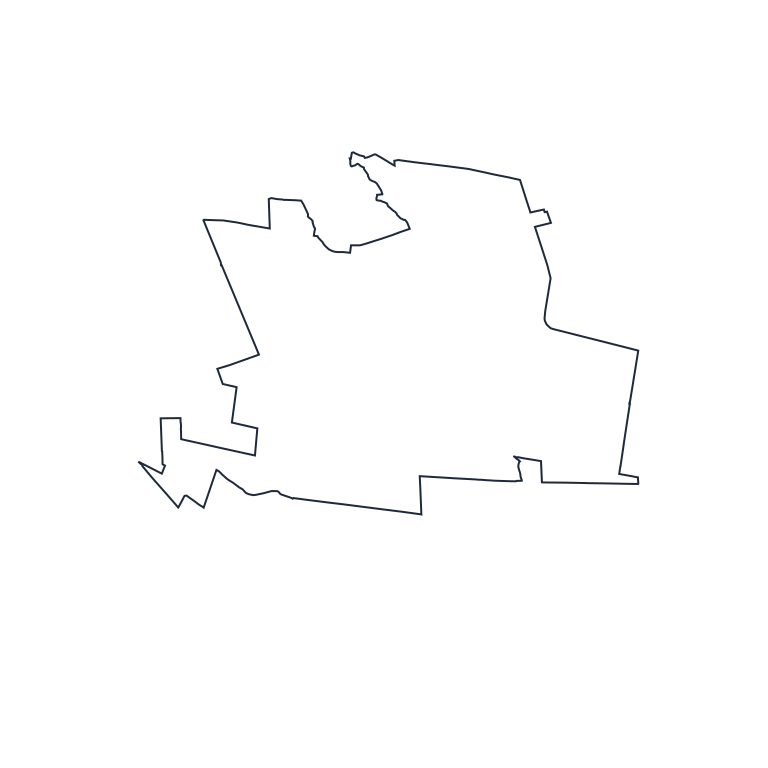 the district of Sinesti, Ialomita, Romania, rotated 229°
{"feature_id": "2599482B7496910182319", "entity_name": "Sinesti", "entity_type": "district", "adm_level": 2, "iso_a3": "ROU", "parent_name": "Romania", "parent_adm1": "Ialomita", "projection": "natural_earth1", "projection_center": [26.424, 44.577], "detail": "fine", "context": "isolated", "style": "outline", "palette": "slate", "viewbox_px": 768, "rotation_deg": 229, "n_neighbors": 0, "source": "geoboundaries", "source_scale": "gbopen_adm2", "svg_char_len": 5458}
<svg xmlns="http://www.w3.org/2000/svg" viewBox="0 0 768 768"><g transform="rotate(229 384 384)"><path d="M599.2,418.4L576.3,399.8L593.6,385.6L594.9,384.7L602.4,379.0L613.0,369.9L615.2,367.5L619.8,362.5L626.1,355.8L626.1,355.2L617.6,352.3L591.5,343.5L582.7,340.5L580.5,338.9L580.1,339.4L488.2,308.9L499.5,280.0L504.8,268.2L489.8,262.3L478.3,270.7L454.7,243.9L433.6,259.3L414.7,239.7L445.0,217.2L475.4,194.7L482.1,200.3L483.5,201.3L484.9,202.8L487.5,204.8L488.2,205.1L491.8,208.0L498.2,200.5L504.6,192.9L479.0,172.3L478.7,172.4L473.3,168.1L468.7,164.2L466.1,165.2L462.1,157.5L474.3,152.6L486.5,147.7L484.1,147.8L482.7,148.2L481.0,148.4L480.5,147.8L465.8,147.5L440.5,147.7L437.7,147.7L436.7,147.7L431.9,147.7L429.9,147.7L428.1,147.7L426.5,147.7L426.0,147.6L425.7,147.7L426.0,148.4L426.1,148.7L426.5,149.9L426.9,150.8L427.3,151.9L429.0,156.4L429.9,158.6L430.3,159.8L430.4,160.1L430.3,160.3L430.2,160.5L430.0,160.8L429.7,161.2L429.3,161.8L428.4,162.0L427.1,162.3L424.3,163.0L420.1,164.0L417.4,164.6L415.7,164.9L414.5,165.2L413.0,165.6L410.7,166.4L409.0,166.8L429.1,201.2L426.1,202.2L422.2,202.4L415.3,203.3L412.2,204.1L408.5,205.3L400.9,206.9L397.2,208.2L392.4,208.3L389.5,209.7L386.0,212.3L385.3,213.3L384.6,214.2L383.3,216.6L380.6,221.4L376.9,229.0L373.1,233.2L371.7,233.7L369.1,233.6L367.8,234.1L366.1,235.1L364.5,236.0L361.7,237.7L359.0,239.2L358.6,239.4L357.3,239.9L357.4,240.8L357.2,240.9L353.2,244.5L349.2,248.0L340.7,255.6L338.7,257.4L334.2,261.4L322.7,271.8L319.3,274.9L308.4,284.6L289.9,301.1L276.2,313.4L265.8,322.5L261.5,326.3L261.0,326.6L282.5,343.8L291.0,350.5L269.7,372.2L267.7,374.2L251.9,390.5L249.2,393.1L248.1,394.4L247.6,394.9L244.5,397.9L240.6,401.9L238.4,404.1L236.8,405.8L226.7,416.7L224.0,419.8L223.8,420.6L220.6,424.5L221.0,424.9L222.1,425.3L223.7,425.9L224.2,426.2L225.0,426.6L226.3,427.6L227.2,428.1L228.1,428.6L230.2,429.4L231.3,430.0L233.2,430.9L234.2,431.8L235.1,432.8L236.4,434.8L236.4,435.8L237.1,435.8L238.6,435.6L240.7,435.0L242.8,434.8L244.7,434.4L242.2,435.5L240.8,437.1L240.7,437.3L237.9,439.4L236.5,440.5L229.2,446.6L222.8,451.9L206.2,438.7L205.3,439.5L197.6,448.2L189.9,456.9L177.5,470.6L175.7,472.5L164.8,484.7L153.6,497.1L151.5,499.4L141.9,510.1L142.0,510.6L146.9,514.3L147.0,514.4L147.5,513.9L152.1,510.3L161.8,502.5L166.7,508.2L166.6,508.3L177.6,521.2L183.1,527.5L205.5,553.9L207.1,555.7L207.8,556.4L208.0,556.3L208.1,556.2L208.7,556.9L208.4,557.1L208.6,557.2L218.6,569.3L224.9,576.8L226.2,578.4L229.2,582.0L234.4,588.2L237.2,591.6L240.8,595.9L242.4,597.8L291.2,563.9L309.9,550.9L314.8,547.5L316.8,546.4L318.1,546.2L319.7,546.0L321.7,545.8L323.2,546.0L326.2,546.9L328.2,548.2L329.9,550.0L333.1,553.4L334.9,555.5L340.7,562.5L353.9,578.4L354.5,579.1L355.0,579.4L356.6,580.2L359.4,581.6L363.9,583.9L365.7,584.8L367.6,585.7L375.4,589.0L383.1,592.3L403.6,601.0L396.6,614.6L396.1,615.7L399.6,617.1L406.2,619.7L407.1,620.1L408.3,618.0L410.8,619.1L413.5,614.2L417.2,607.4L417.4,607.0L419.6,608.0L424.3,610.0L431.2,612.9L437.1,615.5L448.8,620.5L451.8,618.3L453.1,617.3L457.4,614.2L462.3,610.4L467.2,606.6L471.5,603.3L477.4,599.0L483.2,594.6L487.6,591.3L490.1,589.5L492.4,587.5L495.9,584.4L501.1,579.8L506.4,575.1L509.7,572.1L513.0,569.1L516.8,565.7L520.6,562.3L523.0,560.1L525.3,558.0L526.5,556.9L527.6,555.9L529.3,554.4L531.8,552.1L534.7,549.6L536.6,547.9L537.4,547.2L538.8,546.0L542.2,543.0L543.8,541.6L544.5,540.2L545.6,538.4L545.7,538.2L544.1,537.0L541.8,535.3L543.0,534.8L543.6,534.6L545.1,534.1L550.8,532.3L555.5,530.8L559.3,529.5L562.6,528.3L563.1,528.0L563.4,527.7L564.0,526.1L564.2,525.4L564.7,523.7L565.2,522.1L565.9,520.3L565.9,520.2L566.5,519.2L567.1,518.0L567.3,517.8L568.2,518.0L569.1,518.2L572.4,515.7L577.1,513.5L578.1,513.2L579.0,512.8L579.6,511.4L575.8,506.8L576.7,506.1L574.4,504.9L572.4,503.1L571.5,502.6L571.0,502.3L570.5,502.1L570.3,502.1L569.7,502.2L569.3,502.5L569.0,503.7L568.1,505.2L567.8,507.3L567.7,508.2L567.3,508.7L566.3,509.0L564.6,509.2L562.8,509.7L560.5,510.8L559.3,510.0L558.6,509.8L557.1,509.7L552.6,509.2L551.2,508.2L550.2,508.1L549.3,507.8L548.6,507.5L547.7,507.4L545.9,507.9L543.8,508.9L542.3,509.7L539.9,510.1L531.8,508.8L529.8,507.9L528.4,507.4L528.2,507.1L529.0,506.2L530.5,504.0L531.3,502.9L530.6,502.4L530.3,501.9L530.1,501.4L529.4,500.5L528.9,499.8L527.6,499.1L526.4,499.9L525.5,500.8L524.6,501.5L524.3,501.8L523.2,502.2L522.3,502.7L521.2,503.4L519.9,504.0L519.7,504.0L518.2,504.7L516.2,503.9L515.6,503.7L512.7,504.2L509.2,504.6L506.6,505.3L504.5,505.4L502.6,504.8L501.1,505.0L498.7,505.1L497.6,505.4L496.8,506.0L495.1,506.4L494.0,507.6L490.6,507.4L488.2,506.6L484.2,505.2L484.3,504.9L486.7,499.2L487.8,496.5L491.1,487.6L493.4,482.0L494.8,478.5L499.2,468.4L500.9,464.4L502.6,460.6L502.7,460.4L503.1,459.6L503.4,459.0L504.0,457.6L505.1,456.0L507.7,453.1L510.3,450.1L505.3,444.5L510.2,439.9L511.4,438.5L514.0,435.6L515.9,433.8L517.9,432.4L519.5,431.7L521.6,430.8L525.1,430.3L528.2,430.2L528.5,430.2L531.6,430.7L535.6,430.5L537.2,430.4L538.7,430.6L539.0,430.8L540.1,430.0L541.2,428.9L541.9,428.3L544.2,430.9L544.8,431.6L545.5,432.6L545.9,433.4L546.3,433.7L547.0,434.1L548.2,434.1L550.8,435.2L553.0,436.2L553.0,436.5L553.9,437.1L556.6,437.0L559.5,436.4L560.5,436.5L561.3,437.5L562.4,438.2L567.9,439.8L572.2,441.0L576.8,441.8L577.6,440.9L580.6,437.9L587.1,431.0L588.8,429.1L590.1,428.2L590.7,427.5L593.6,424.7L597.4,421.6L597.6,421.5L598.1,421.0L598.2,420.8L598.4,420.4L598.6,420.0L598.8,419.5L599.0,418.9L599.1,418.7L599.2,418.4Z" fill="none" stroke="#1e293b" stroke-width="2"/></g></svg>